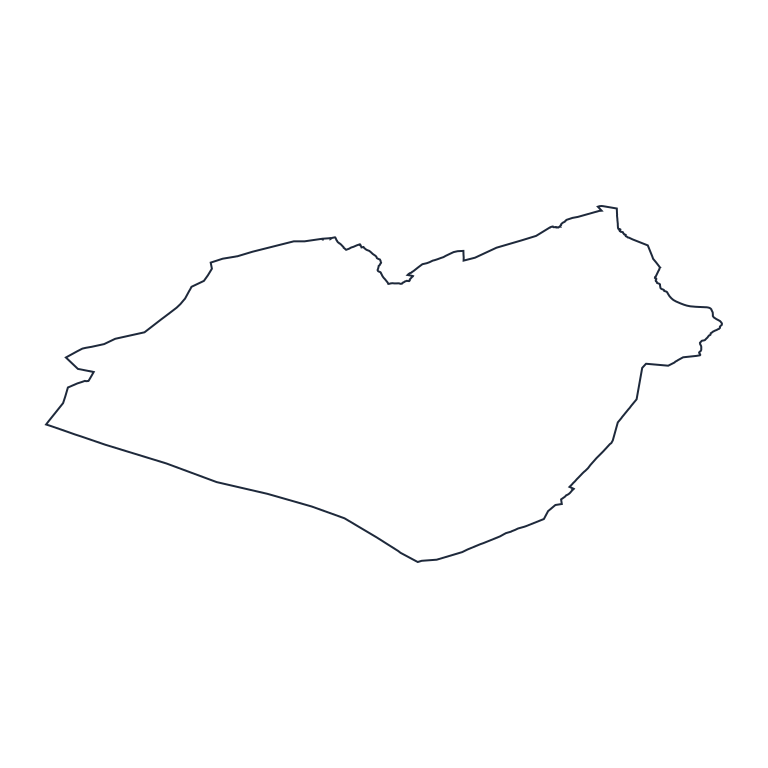 Nes nor, Buskerud, Norway (Natural Earth projection)
{"feature_id": "86288312B23608976115217", "entity_name": "Nes nor", "entity_type": "district", "adm_level": 2, "iso_a3": "NOR", "parent_name": "Norway", "parent_adm1": "Buskerud", "projection": "natural_earth1", "projection_center": [9.142, 60.547], "detail": "fine", "context": "isolated", "style": "outline", "palette": "slate", "viewbox_px": 768, "rotation_deg": 0, "n_neighbors": 0, "source": "geoboundaries", "source_scale": "gbopen_adm2", "svg_char_len": 6005}
<svg xmlns="http://www.w3.org/2000/svg" viewBox="0 0 768 768"><path d="M699.9,355.3L700.2,355.0L700.2,354.5L699.8,353.9L699.6,353.4L699.1,352.8L699.3,352.2L699.9,351.6L700.7,351.0L701.2,350.0L701.3,349.0L701.2,348.4L701.3,347.9L701.2,346.3L700.8,345.3L700.2,344.4L700.2,343.7L699.9,343.0L700.0,342.7L700.8,341.9L701.7,340.9L702.1,340.7L703.9,340.4L704.6,340.2L705.0,340.0L706.2,338.7L707.4,337.6L708.4,336.2L709.0,335.5L709.9,335.1L710.4,334.8L710.6,334.2L710.7,333.3L712.1,332.4L713.0,331.6L713.5,331.4L714.8,330.7L716.6,330.0L718.2,329.1L718.8,329.0L719.3,328.5L719.7,328.0L720.0,327.8L719.9,326.7L720.0,326.5L721.1,325.4L721.5,325.2L721.8,324.8L721.9,323.9L721.9,323.4L721.2,322.4L720.2,321.2L718.5,320.2L716.4,319.1L713.8,317.4L713.3,316.7L712.8,315.9L712.9,315.2L712.7,312.4L711.6,310.2L711.3,309.3L710.5,308.5L709.5,307.9L708.1,307.5L706.8,307.3L695.9,306.8L690.2,306.3L686.8,305.6L683.9,304.7L680.5,303.4L676.1,301.5L673.4,300.0L671.4,298.3L669.5,296.2L667.8,293.5L667.3,292.5L667.0,292.1L666.6,291.8L665.8,291.4L664.3,291.0L664.1,290.8L664.1,290.4L663.8,289.9L663.2,289.6L661.6,289.0L660.9,288.5L660.6,288.2L660.4,287.6L660.0,285.2L660.0,284.5L660.0,284.4L659.7,284.1L659.1,283.7L657.7,283.2L657.2,283.0L657.0,282.9L656.8,282.4L656.7,281.8L656.5,281.5L655.9,281.2L655.8,280.8L655.7,280.3L655.8,280.0L656.0,279.7L656.3,279.1L656.3,278.7L656.2,278.5L655.2,278.2L654.9,277.9L655.0,277.5L655.1,277.0L655.3,276.8L655.6,276.6L655.8,276.4L658.7,270.4L659.1,269.9L659.2,269.3L659.5,268.8L659.7,267.8L660.0,267.5L659.8,267.4L659.5,266.8L656.1,262.4L653.1,258.8L652.3,256.5L647.8,245.4L632.6,239.4L628.8,237.6L627.9,237.5L626.9,236.7L625.8,236.2L625.6,235.7L625.7,235.0L625.7,234.8L625.5,234.7L624.8,234.7L624.1,234.3L624.0,233.9L623.2,233.2L623.1,232.5L622.7,232.1L620.8,231.8L620.1,231.2L619.8,231.1L619.6,230.6L619.5,230.4L619.8,230.3L620.0,230.0L620.3,230.0L620.4,229.8L620.4,229.5L619.6,229.0L619.1,229.2L618.6,229.0L618.6,228.8L618.4,228.7L618.2,228.3L618.0,228.0L617.8,225.2L617.8,223.6L617.7,223.0L617.5,220.9L617.4,220.3L617.4,219.2L617.0,215.6L617.1,214.6L617.0,213.6L616.8,208.5L603.3,206.2L601.6,206.0L599.5,206.2L597.9,206.7L601.6,210.7L600.4,210.8L599.2,210.9L577.9,216.9L572.5,217.9L566.4,219.9L566.1,220.4L565.5,220.8L565.1,221.2L564.8,221.7L562.8,222.7L561.5,223.8L561.1,224.4L561.1,225.1L560.5,225.5L560.0,226.4L560.2,226.7L559.5,226.7L559.3,226.9L558.8,227.1L558.7,227.3L558.3,227.5L557.9,227.3L557.5,227.5L557.2,227.4L556.4,227.5L556.3,227.1L555.8,227.0L554.2,227.2L553.6,227.2L552.9,226.9L552.8,226.5L552.5,226.5L550.6,227.1L550.2,227.3L550.1,227.5L549.8,227.5L536.1,235.9L521.8,240.3L496.5,247.7L475.0,257.7L463.6,260.6L463.7,257.3L463.5,254.7L463.4,250.9L457.6,251.2L453.6,252.1L450.4,253.6L445.6,255.9L443.5,257.1L440.8,258.0L437.3,259.3L434.5,260.2L432.8,260.6L429.5,262.2L426.8,263.2L422.4,264.2L418.5,267.1L413.2,271.3L412.2,271.8L411.8,272.2L411.8,272.3L411.3,272.7L410.2,273.0L408.6,274.0L407.6,275.0L411.6,275.7L413.0,276.1L412.9,276.3L412.1,276.9L410.2,279.0L409.8,279.3L409.7,279.5L409.8,280.3L409.3,281.0L409.1,281.1L407.8,281.0L407.4,280.9L407.0,280.9L406.8,280.8L406.0,281.1L405.6,281.3L405.1,281.4L404.8,281.5L404.4,281.9L403.9,282.2L403.2,282.4L403.0,282.6L402.8,282.9L402.2,283.2L402.0,283.6L401.9,283.7L400.5,283.8L400.0,283.7L399.3,283.4L398.6,283.3L397.8,283.4L397.2,283.3L396.6,283.4L396.4,283.4L394.4,283.4L392.2,283.2L390.9,283.4L390.5,283.4L389.8,283.7L388.3,283.9L387.7,282.6L386.5,281.1L384.9,279.1L383.9,278.1L382.7,276.5L382.4,275.9L382.1,275.5L381.7,274.4L381.0,273.4L380.9,273.1L380.9,272.8L380.7,272.5L380.4,272.2L378.5,271.4L378.1,271.1L377.7,270.5L377.6,270.0L377.7,269.6L378.1,268.7L378.7,266.1L378.7,265.9L379.7,265.1L379.9,264.4L380.8,263.3L381.1,262.6L380.7,261.9L380.6,261.1L380.5,260.7L379.9,259.5L378.5,259.0L377.0,258.2L376.7,257.7L376.5,257.0L376.3,256.7L375.6,255.9L372.8,254.0L370.9,252.2L369.3,250.9L368.5,250.6L366.7,249.9L365.9,249.4L364.2,248.0L363.5,247.0L361.5,247.4L361.0,246.1L360.7,245.8L360.5,245.2L359.9,245.2L359.4,245.0L359.8,245.1L360.3,244.9L360.3,244.7L359.9,244.3L356.9,245.3L353.5,246.8L351.2,247.5L349.1,248.7L346.1,249.8L344.4,248.3L343.8,247.9L343.6,247.7L343.6,247.3L343.5,247.1L342.3,245.9L341.0,244.5L339.6,243.4L339.2,243.3L338.9,242.9L338.1,242.4L337.8,242.1L337.2,241.3L337.0,240.7L336.4,240.0L336.0,238.9L335.5,238.0L335.4,237.6L335.0,237.3L332.1,237.9L330.4,239.0L330.3,238.1L328.6,238.3L323.0,238.7L322.9,239.5L322.5,239.5L322.1,239.2L322.0,238.8L304.8,241.3L293.9,241.3L252.6,251.7L237.3,256.3L236.9,256.3L234.8,256.7L222.7,258.7L210.7,262.6L211.9,268.7L207.9,275.3L203.9,280.9L191.5,286.8L190.0,289.7L189.4,290.6L187.4,294.3L185.0,298.7L184.0,299.8L180.4,304.1L176.6,307.7L170.2,312.6L164.4,317.0L161.3,319.3L144.5,332.3L115.2,338.8L104.1,344.1L91.7,346.8L85.9,347.8L82.4,348.6L77.0,351.4L65.9,357.5L77.9,368.9L93.7,372.0L91.3,376.2L88.6,380.8L88.3,381.0L87.6,381.0L87.3,381.1L86.6,381.1L86.1,381.2L84.9,380.9L81.8,382.0L77.4,383.4L67.9,387.5L65.3,396.4L63.1,403.1L48.7,421.1L46.1,424.5L49.9,425.7L67.2,431.7L75.1,434.5L81.0,436.4L105.2,444.7L166.5,463.5L216.7,482.1L267.3,493.8L276.8,496.5L311.7,506.5L344.5,518.3L376.2,537.1L398.2,551.0L400.5,552.8L417.7,562.0L421.7,560.8L436.7,559.7L462.2,552.1L467.5,549.5L480.3,544.2L483.2,543.2L500.0,536.4L504.3,534.0L506.0,533.1L510.9,531.7L511.8,531.2L515.1,529.9L518.0,528.5L524.1,526.8L525.9,526.2L543.9,519.0L548.1,511.1L554.8,505.5L555.4,505.0L561.8,504.0L561.1,499.4L564.8,496.8L565.6,496.0L566.2,495.3L567.4,494.8L568.6,494.1L569.9,493.0L572.5,490.0L573.1,489.5L572.7,489.3L573.5,488.7L569.5,486.9L572.0,484.4L573.2,483.0L574.9,481.4L576.9,479.1L578.6,477.4L582.6,473.2L584.4,471.5L585.1,471.0L588.0,468.2L590.4,465.0L596.4,458.2L603.2,451.4L609.9,444.1L611.3,443.1L612.8,440.4L617.8,422.4L621.4,418.1L621.9,417.3L628.5,409.2L629.6,408.0L631.3,405.7L636.6,399.3L642.2,367.9L645.6,364.2L646.0,363.8L646.6,363.8L668.2,365.7L674.5,362.5L675.4,361.6L676.8,360.9L678.0,360.1L683.1,357.3L696.4,355.9L699.9,355.3Z" fill="none" stroke="#1e293b" stroke-width="2"/></svg>